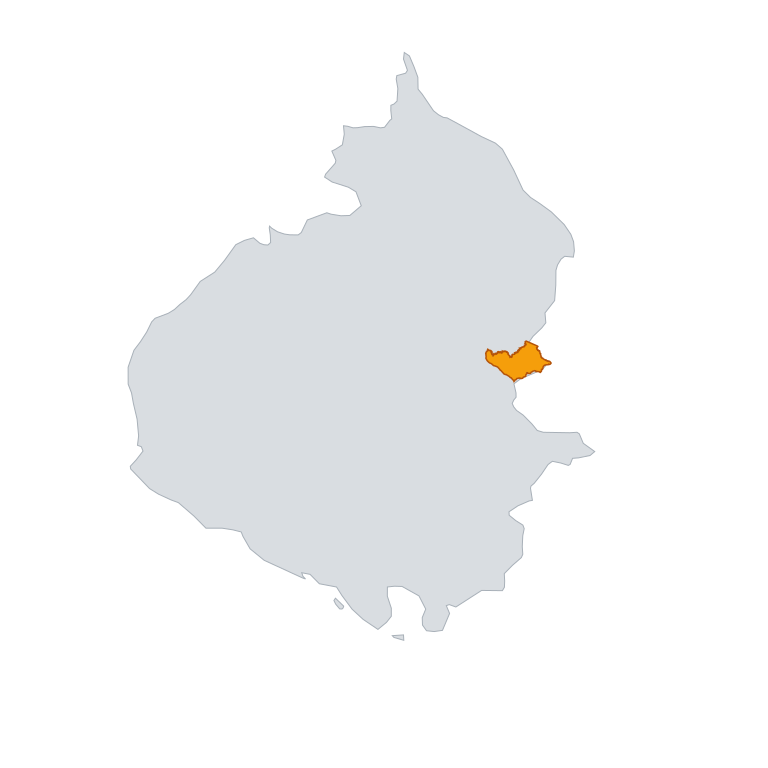 Memot, Kâmpóng Cham, Cambodia shown in context, rotated 318°
{"feature_id": "14789045B36806562781005", "entity_name": "Memot", "entity_type": "district", "adm_level": 2, "iso_a3": "KHM", "parent_name": "Cambodia", "parent_adm1": "Kâmpóng Cham", "projection": "natural_earth1", "projection_center": [106.235, 11.913], "detail": "fine", "context": "in_parent", "style": "filled", "palette": "amber", "viewbox_px": 768, "rotation_deg": 318, "n_neighbors": 0, "source": "geoboundaries", "source_scale": "gbopen_adm2", "svg_char_len": 8035}
<svg xmlns="http://www.w3.org/2000/svg" viewBox="0 0 768 768"><g transform="rotate(318 384 384)"><path d="M620.9,151.2L622.4,157.2L618.5,168.5L614.4,178.7L606.6,187.7L606.3,194.3L603.6,214.0L604.6,220.2L606.5,225.6L609.0,228.5L615.8,247.7L621.9,265.2L628.0,279.6L629.1,288.7L623.6,311.7L617.1,332.9L617.7,343.4L620.5,354.0L623.5,368.1L624.6,386.1L623.0,397.8L620.1,405.1L614.5,412.5L609.6,416.4L603.7,410.0L599.0,409.7L592.7,411.6L587.8,414.6L577.8,425.5L566.6,436.2L551.2,438.9L545.2,446.8L538.8,447.9L526.6,448.3L518.6,450.2L519.0,454.2L518.3,473.0L518.5,477.4L517.3,478.5L511.7,479.1L502.4,476.2L489.7,471.6L480.7,470.8L476.1,479.0L473.3,482.2L469.9,482.7L466.3,484.2L465.1,487.8L464.8,492.4L466.6,500.2L467.2,512.6L466.8,521.1L470.1,526.5L489.4,544.5L495.1,549.0L495.8,551.7L492.4,561.4L495.4,575.2L489.3,575.0L479.2,569.1L474.4,565.4L468.5,568.3L466.5,567.8L462.5,561.0L457.4,554.1L452.0,553.6L440.7,556.4L429.2,558.3L424.9,558.2L423.1,559.5L416.4,569.8L413.6,568.0L401.9,564.1L391.4,562.6L389.2,565.3L390.5,573.7L392.8,581.8L391.4,585.3L385.6,589.6L377.9,597.4L373.2,603.4L369.9,604.9L358.2,604.7L346.5,605.4L341.8,611.2L337.5,615.6L333.7,616.8L318.4,602.7L288.2,597.8L284.9,591.6L282.0,590.4L279.2,598.4L262.6,606.2L255.6,601.5L250.5,595.8L251.3,588.9L256.1,583.2L264.4,579.2L268.2,564.9L262.0,546.6L256.5,541.3L250.7,537.1L244.5,543.9L239.4,555.5L234.0,561.5L226.4,562.8L215.3,562.3L211.0,545.0L209.6,530.1L211.2,513.1L212.9,503.1L202.3,489.2L201.7,476.0L196.6,469.2L195.1,472.6L195.2,476.4L193.7,473.6L177.0,434.9L174.2,416.9L177.2,403.0L178.9,398.4L174.0,391.1L167.2,382.8L155.2,372.0L154.4,354.8L151.8,334.5L148.2,327.7L142.8,315.2L139.8,304.9L138.9,277.6L140.4,275.4L149.0,274.6L160.0,272.6L161.7,268.2L159.8,264.6L166.9,258.4L177.0,244.9L184.8,230.7L190.4,221.7L193.8,212.9L205.1,200.3L220.8,191.6L231.3,189.6L242.4,186.6L252.9,182.4L257.9,182.0L271.0,187.1L278.1,188.4L285.6,188.3L293.3,188.9L300.0,188.3L316.1,184.8L333.1,187.6L348.3,185.4L367.1,181.3L376.4,183.9L384.8,188.0L385.9,196.3L387.9,200.1L390.7,203.0L394.4,203.0L399.2,197.2L403.2,191.2L404.6,190.1L404.8,193.1L406.7,199.6L410.3,205.9L413.9,210.2L420.0,215.8L423.9,216.1L436.8,210.8L456.1,218.5L458.3,222.4L464.6,230.2L471.4,235.9L486.4,236.3L491.8,222.4L489.2,213.9L480.6,199.2L478.3,190.5L481.0,189.0L495.5,187.3L497.9,185.6L501.1,176.0L505.0,177.1L513.1,178.4L521.6,171.8L526.7,165.0L529.4,168.1L532.4,172.9L535.7,175.7L541.9,179.8L548.6,185.6L552.8,191.3L556.2,193.6L564.8,192.0L567.1,192.2L572.1,185.3L575.6,181.5L578.6,182.6L583.0,182.5L592.0,173.7L597.1,165.6L599.9,163.4L608.0,167.5L611.3,166.6L615.9,155.6L620.9,151.2ZM205.4,522.1L203.7,523.1L202.2,523.1L200.6,521.5L200.8,515.3L201.9,511.4L204.6,510.7L205.4,522.1ZM230.6,583.5L227.2,587.7L221.8,579.0L221.8,576.6L230.6,583.5Z" fill="#d9dde1" stroke="#a8b0b8" stroke-width="1"/><path d="M481.9,428.7L481.3,428.7L480.7,429.1L480.4,429.1L480.2,429.2L480.0,429.4L479.9,430.0L479.4,430.3L478.3,431.9L477.9,432.3L477.0,433.0L476.8,433.5L476.6,434.5L476.3,435.6L476.3,436.3L476.4,438.0L476.6,439.1L477.3,440.5L477.5,441.4L477.7,443.6L478.7,445.1L479.8,447.4L479.8,450.9L479.7,451.0L479.6,451.5L479.9,452.2L479.9,457.0L480.1,457.2L480.5,458.2L481.2,458.8L481.4,460.0L481.7,460.7L482.1,462.1L482.2,464.0L482.7,464.5L482.7,464.9L482.5,466.5L482.7,467.5L482.6,467.8L482.6,468.3L482.3,469.1L483.2,469.0L484.1,468.6L484.9,469.1L486.2,468.8L486.6,468.9L486.9,469.2L487.8,469.6L488.6,470.1L488.8,470.4L488.8,470.9L489.5,471.2L489.7,471.8L490.1,472.1L491.0,472.5L491.4,472.3L492.2,472.2L493.7,472.8L494.1,473.1L494.3,473.1L494.8,472.9L495.4,472.2L495.6,472.0L496.1,471.9L496.9,472.0L497.1,471.8L497.3,471.4L497.9,471.3L498.2,471.7L498.3,472.7L498.8,473.1L499.4,473.7L499.9,474.0L500.5,474.0L501.2,473.7L501.8,473.8L502.6,474.2L503.4,474.1L504.3,474.7L504.9,474.9L505.2,475.6L505.5,475.7L505.3,476.1L505.3,476.5L506.2,477.2L507.7,478.9L507.9,479.2L507.7,479.7L507.8,479.9L507.9,480.0L509.2,479.9L509.6,479.8L510.0,479.3L510.6,479.0L510.8,478.5L511.1,478.6L511.3,479.1L511.7,479.1L512.1,478.8L512.6,478.6L513.3,478.0L514.3,477.5L515.9,477.5L516.5,477.9L517.3,478.1L518.2,478.9L518.8,479.5L519.1,479.5L519.3,479.6L519.8,479.5L519.9,480.1L520.5,480.4L521.1,480.5L522.1,480.3L522.2,480.1L522.3,479.7L522.2,479.5L522.3,479.0L522.3,478.8L522.3,478.2L522.1,477.8L522.0,477.7L521.9,477.4L521.5,477.3L521.5,477.0L521.3,477.0L521.2,476.7L520.9,476.6L521.0,476.0L520.8,475.7L520.5,475.6L520.6,475.0L520.3,474.9L520.3,474.5L520.0,474.4L520.0,474.2L519.9,474.2L519.9,473.7L519.6,473.1L519.4,472.9L519.4,472.3L519.0,471.2L519.2,470.9L518.9,470.7L518.9,470.4L518.9,470.1L518.7,470.1L518.7,469.9L518.8,469.9L519.0,469.5L518.8,469.4L518.8,469.1L519.0,469.0L519.1,468.7L519.3,468.2L519.5,468.1L519.6,467.9L519.8,467.6L519.8,467.4L519.9,467.2L520.1,466.9L520.3,466.4L520.5,466.3L520.4,466.2L520.5,466.1L520.4,465.9L520.5,465.6L520.5,465.4L520.7,465.2L520.8,465.2L521.0,464.8L521.1,464.6L521.1,464.3L521.3,464.1L521.6,463.9L521.8,463.4L521.6,463.2L521.4,462.6L521.2,462.7L521.2,462.4L520.8,461.9L521.2,461.6L521.1,461.4L521.0,461.1L521.1,460.9L520.9,460.6L521.0,460.1L521.2,459.9L521.5,459.9L521.6,459.5L521.6,459.4L521.7,459.1L521.9,459.1L522.0,459.2L522.5,459.2L522.6,459.3L523.0,459.2L523.5,459.0L523.4,458.4L518.4,447.3L518.1,447.2L517.8,447.2L517.6,447.0L517.3,447.0L517.2,447.2L517.2,447.4L517.1,447.6L516.9,447.6L516.5,447.8L516.4,448.2L516.1,448.5L515.9,448.4L515.9,448.7L516.0,449.0L515.8,449.0L515.6,449.3L515.4,449.3L515.5,449.4L515.3,449.4L515.3,449.6L515.1,449.5L514.6,449.8L514.3,449.9L514.2,449.7L514.0,449.4L513.8,449.6L513.7,449.7L513.4,449.8L513.2,449.8L513.1,450.0L512.6,449.7L512.4,449.6L512.0,449.4L511.9,449.3L511.7,449.1L511.5,449.3L511.2,449.0L511.0,448.9L510.4,448.9L510.3,448.7L510.0,448.6L509.8,448.9L509.7,448.8L509.6,448.5L509.2,448.4L509.0,448.8L508.8,448.4L508.7,448.7L508.2,448.8L507.9,448.7L507.7,449.1L507.3,449.1L507.1,449.0L507.0,449.3L506.8,449.1L506.8,448.8L506.6,448.9L506.5,449.1L506.4,449.0L506.3,449.4L506.2,449.5L506.0,449.4L505.8,449.2L505.7,449.5L505.3,449.4L505.1,449.6L505.0,449.4L504.7,449.7L504.6,449.4L504.4,449.5L504.2,449.3L503.9,449.7L503.6,449.7L503.2,449.3L503.2,449.0L502.9,449.2L502.7,449.2L502.7,448.9L502.6,448.7L502.3,448.4L502.1,448.5L502.0,448.2L501.9,448.2L501.9,448.6L501.6,448.8L500.9,449.3L500.6,449.0L500.6,448.8L500.5,448.7L500.7,448.4L500.4,448.6L500.0,448.5L499.7,448.4L499.4,448.1L498.7,448.5L498.6,448.4L498.8,448.0L498.6,448.0L498.4,448.1L498.2,448.5L497.6,448.9L497.5,449.4L497.4,449.5L496.9,449.6L496.8,450.0L496.7,449.6L496.2,448.9L496.5,448.4L496.4,448.3L495.6,448.3L495.8,447.9L496.1,447.9L496.3,447.7L496.3,446.9L496.1,446.7L496.1,444.9L496.5,444.8L496.5,444.2L497.0,444.0L497.0,443.8L496.9,442.9L496.6,442.9L496.5,442.7L496.9,442.6L497.0,442.4L496.6,441.7L496.2,441.3L496.1,441.2L496.3,441.0L496.2,440.8L495.8,440.5L495.4,440.4L495.3,440.0L495.1,440.0L494.9,440.2L494.7,440.2L494.6,439.5L494.4,439.3L494.0,439.4L493.9,438.7L493.1,439.3L492.9,439.0L492.7,438.9L492.8,439.3L492.8,439.6L492.6,439.7L492.5,439.0L492.4,438.6L492.2,438.7L492.1,438.8L492.1,438.6L492.0,438.4L491.5,438.6L491.3,438.5L491.3,438.3L491.5,437.9L491.0,437.9L491.0,437.7L491.2,437.3L490.6,436.7L490.6,436.4L490.4,436.3L490.0,437.2L489.9,437.1L490.1,436.6L489.5,436.4L489.4,436.5L489.0,436.8L488.9,436.6L489.0,436.4L488.6,436.7L488.4,436.5L488.1,436.5L488.2,436.9L487.8,437.1L487.0,436.8L487.0,436.5L487.3,435.8L487.3,435.7L487.2,435.6L486.7,435.7L486.7,436.0L486.4,435.8L485.6,435.7L485.7,435.4L485.6,435.2L485.3,435.3L485.0,435.5L485.1,435.2L484.9,435.3L484.9,435.8L484.7,435.9L484.5,435.7L484.2,435.7L484.9,434.8L484.8,434.7L484.3,434.6L484.2,434.8L484.1,434.7L484.2,434.4L484.0,434.2L484.2,433.7L484.5,433.9L484.7,433.6L484.7,432.8L485.1,433.0L485.4,432.7L485.7,432.6L485.7,432.3L485.8,431.9L485.5,431.9L485.2,431.4L485.3,431.2L485.7,431.2L485.7,430.4L484.8,429.8L484.7,428.8L484.5,428.7L484.2,428.9L484.1,428.7L484.4,428.4L484.4,427.6L484.0,427.7L483.8,428.3L483.3,428.4L482.9,428.7L482.5,428.6L482.1,428.4L481.9,428.7Z" fill="#f59e0b" stroke="#b45309" stroke-width="1.5"/></g></svg>